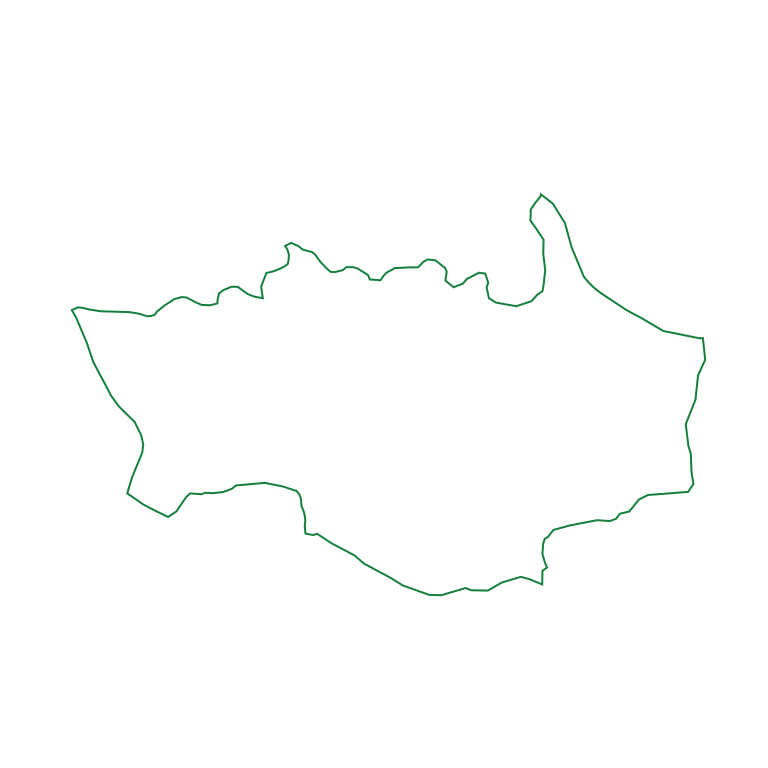 the district of Al Bab, Aleppo, Syria, rotated 276°
{"feature_id": "27442178B24628051118006", "entity_name": "Al Bab", "entity_type": "district", "adm_level": 2, "iso_a3": "SYR", "parent_name": "Syria", "parent_adm1": "Aleppo", "projection": "equal_earth", "projection_center": [37.625, 36.397], "detail": "fine", "context": "isolated", "style": "outline", "palette": "green", "viewbox_px": 768, "rotation_deg": 276, "n_neighbors": 0, "source": "geoboundaries", "source_scale": "gbopen_adm2", "svg_char_len": 4419}
<svg xmlns="http://www.w3.org/2000/svg" viewBox="0 0 768 768"><g transform="rotate(276 384 384)"><path d="M262.1,581.9L262.9,584.0L270.8,610.0L271.3,623.0L274.2,628.9L279.6,632.1L282.9,641.3L295.8,649.6L301.2,658.1L305.6,682.1L308.5,697.7L316.8,702.2L328.7,699.0L346.9,696.4L354.2,693.2L375.6,688.3L385.2,691.0L401.0,695.4L425.2,695.4L428.2,696.4L441.7,700.9L445.4,700.1L463.1,696.3L462.9,695.5L462.8,694.8L462.4,693.2L463.3,683.9L465.9,656.3L476.5,633.1L481.4,620.9L482.8,617.6L495.4,593.3L495.5,593.1L495.7,592.8L495.8,592.6L495.9,592.3L496.0,592.1L496.2,591.8L496.3,591.6L496.4,591.3L496.6,591.1L496.7,590.8L496.8,590.6L497.0,590.4L497.1,590.1L497.3,589.9L497.4,589.6L497.5,589.4L497.7,589.1L497.8,588.9L498.0,588.7L498.1,588.4L498.2,588.2L498.4,587.9L498.5,587.7L498.8,587.2L499.0,587.0L499.1,586.7L499.3,586.5L499.4,586.3L499.6,586.0L499.7,585.8L499.9,585.6L500.0,585.3L500.2,585.1L500.3,584.9L500.5,584.6L500.6,584.4L500.8,584.2L501.0,584.0L501.1,583.7L501.3,583.5L501.4,583.3L501.6,583.0L501.8,582.8L501.9,582.6L502.1,582.4L502.3,582.1L502.4,581.9L502.6,581.7L502.8,581.5L502.9,581.2L503.1,581.0L503.3,580.8L503.4,580.6L503.6,580.4L503.8,580.1L503.9,579.9L504.1,579.7L504.3,579.5L504.5,579.3L504.6,579.1L504.8,578.8L505.0,578.6L505.2,578.4L505.3,578.2L505.5,578.0L505.7,577.8L505.9,577.6L506.1,577.4L506.2,577.2L506.4,576.9L506.6,576.7L506.8,576.5L507.0,576.3L507.1,576.1L507.3,575.9L507.5,575.7L507.9,575.3L508.1,575.1L508.3,574.9L508.5,574.7L508.8,574.3L509.0,574.1L509.2,573.9L509.4,573.7L509.6,573.5L509.8,573.3L510.0,573.1L510.2,572.9L510.4,572.7L510.6,572.5L510.8,572.4L511.0,572.2L511.4,571.8L511.6,571.6L511.8,571.4L539.8,556.2L563.0,547.1L581.0,533.1L589.0,520.2L587.8,520.1L586.6,519.9L580.6,515.9L573.2,511.8L561.9,512.5L555.4,518.3L544.2,527.6L530.0,528.8L514.2,532.4L500.5,532.4L492.8,531.9L488.8,527.1L481.8,522.1L475.2,507.5L475.9,497.1L476.7,486.8L480.3,479.4L490.6,476.0L495.7,477.0L504.4,473.2L504.6,466.9L497.1,455.4L492.1,452.0L487.5,443.1L493.2,434.3L502.4,434.6L505.8,432.6L512.4,422.1L512.4,414.4L510.0,410.8L503.5,405.5L502.8,398.3L500.4,382.6L497.8,379.0L495.0,374.8L493.2,373.5L491.4,372.1L486.8,369.7L486.5,359.0L490.8,356.6L496.2,345.4L496.9,341.0L496.3,334.5L492.9,331.0L490.1,323.3L490.0,319.0L492.9,314.9L498.9,307.9L505.8,301.7L507.7,298.6L509.2,289.1L512.1,284.7L514.6,276.9L511.0,271.2L507.9,273.7L503.1,275.8L498.3,276.2L493.4,275.8L490.7,272.9L488.3,269.4L484.8,262.9L483.4,259.2L482.1,255.4L473.5,253.1L467.9,251.6L464.6,252.5L459.5,253.8L456.7,254.5L456.8,252.9L456.9,251.3L457.2,246.7L457.9,243.8L459.2,239.1L460.9,236.1L461.6,234.9L463.5,231.6L465.3,228.6L464.8,222.1L460.4,214.2L456.7,210.4L450.5,209.7L449.9,209.7L448.5,209.8L446.8,210.0L444.2,203.2L443.7,196.2L443.6,194.5L444.6,191.2L445.7,187.6L447.9,182.4L449.3,178.6L449.4,178.3L449.4,177.4L449.3,173.7L446.5,166.5L440.1,158.7L439.2,157.6L437.1,155.5L432.6,150.9L428.7,148.6L427.3,145.0L426.7,142.1L426.6,141.4L427.0,139.5L428.3,133.2L428.9,123.1L426.7,94.5L427.0,88.9L427.3,83.3L428.3,75.6L428.2,72.5L428.1,71.2L427.1,69.5L424.9,65.8L421.2,68.4L418.9,70.1L418.2,70.6L417.6,71.0L414.0,73.0L400.5,80.5L393.6,84.3L382.6,89.3L375.7,92.5L373.7,93.8L372.0,94.9L363.1,100.9L359.4,103.4L355.3,106.2L343.8,113.8L334.0,122.7L327.8,130.4L320.2,140.0L316.0,142.6L307.7,147.9L301.9,149.8L300.0,150.4L299.7,150.5L298.6,150.9L290.3,150.7L271.7,145.2L265.5,143.4L254.4,141.2L248.3,140.1L246.2,144.1L242.8,150.4L239.3,156.6L234.5,168.5L229.2,183.2L235.6,190.9L244.5,195.6L250.9,199.1L254.9,202.5L255.3,214.2L257.1,217.4L257.6,225.7L259.7,235.1L261.5,238.8L263.8,243.6L267.3,247.1L267.6,247.5L267.9,248.7L269.0,254.5L273.0,274.7L273.2,275.9L271.8,290.9L271.4,294.6L269.7,302.5L269.2,304.7L269.1,305.2L268.6,308.0L267.7,309.0L265.4,311.4L260.7,313.6L256.2,314.2L253.3,315.1L253.2,315.1L249.2,317.3L245.9,318.6L240.2,320.0L236.3,320.0L235.0,320.0L232.7,320.4L230.5,320.8L227.0,321.6L226.8,324.0L226.8,324.6L226.5,327.8L226.4,329.2L227.3,331.4L228.0,333.2L220.0,348.7L214.6,362.2L210.2,373.1L203.4,382.6L196.0,400.7L191.9,410.8L191.3,412.1L190.4,414.0L189.9,414.9L189.6,415.6L188.8,417.2L185.6,423.7L182.3,437.4L179.0,451.1L180.0,463.4L182.8,470.0L189.6,486.4L188.0,492.5L189.4,508.8L198.9,522.0L206.5,540.2L205.1,549.0L201.2,562.3L214.8,561.1L216.7,563.3L218.6,565.4L222.4,563.1L228.1,560.7L231.5,559.3L235.2,559.2L241.8,559.0L246.8,560.1L249.0,563.0L256.6,567.8L262.1,581.9Z" fill="none" stroke="#15803d" stroke-width="2"/></g></svg>